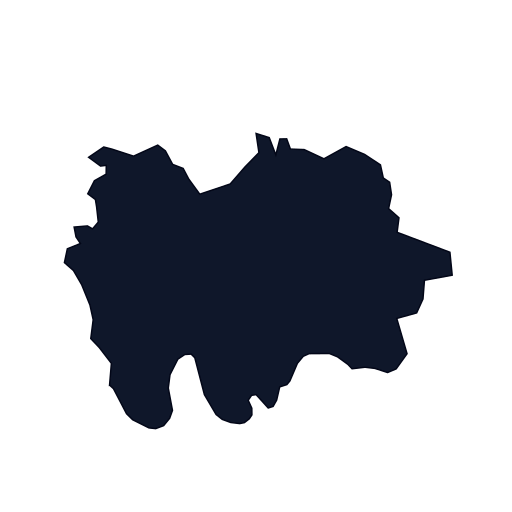 the district of Chust, Namangan, Uzbekistan, rotated 160°
{"feature_id": "79887680B74841511889074", "entity_name": "Chust", "entity_type": "district", "adm_level": 2, "iso_a3": "UZB", "parent_name": "Uzbekistan", "parent_adm1": "Namangan", "projection": "mercator", "projection_center": [71.199, 41.034], "detail": "fine", "context": "isolated", "style": "filled", "palette": "ink", "viewbox_px": 512, "rotation_deg": 160, "n_neighbors": 0, "source": "geoboundaries", "source_scale": "gbopen_adm2", "svg_char_len": 1429}
<svg xmlns="http://www.w3.org/2000/svg" viewBox="0 0 512 512"><g transform="rotate(160 256 256)"><path d="M379.5,406.0L371.3,393.7L365.7,392.4L368.8,384.2L382.1,382.0L392.8,372.0L387.6,364.0L389.0,356.6L392.6,341.8L400.3,337.4L404.1,341.9L417.0,345.4L418.6,335.5L416.7,327.8L430.8,327.3L438.3,315.3L432.5,304.8L429.6,288.6L428.8,266.7L430.8,251.8L439.5,234.9L434.6,223.6L428.6,204.6L437.8,184.7L437.7,184.7L435.3,180.1L431.6,152.1L427.9,144.3L415.4,131.1L409.3,128.1L400.8,128.2L392.7,133.0L387.3,139.5L383.6,161.9L377.4,173.9L364.7,185.8L356.6,187.8L350.5,186.0L348.3,181.3L351.9,143.4L347.7,120.7L343.6,114.0L336.7,108.2L328.6,104.1L323.9,103.4L318.0,105.3L314.2,108.1L312.0,114.4L312.7,123.1L307.8,126.6L303.3,125.7L296.5,109.0L291.4,108.8L285.9,113.5L278.5,124.9L271.0,124.6L266.9,127.0L253.8,141.0L245.9,145.6L239.5,146.1L220.4,139.3L213.9,133.4L206.7,122.7L204.3,117.2L191.6,114.2L182.7,109.7L172.2,101.5L162.9,102.0L147.5,112.5L145.1,149.2L124.5,147.6L113.8,158.5L106.0,175.6L78.2,170.9L72.5,193.2L115.3,230.0L108.6,243.0L115.2,255.2L107.7,267.2L105.2,279.6L109.7,285.8L107.9,299.1L119.2,314.3L133.9,328.0L158.9,324.1L174.3,339.5L187.1,344.7L187.1,355.6L193.5,357.8L202.8,344.2L203.1,362.7L214.0,371.1L217.9,352.1L235.8,343.5L255.6,332.5L287.7,333.3L292.9,351.4L294.5,363.2L303.0,370.6L305.2,385.8L310.4,393.8L336.9,391.7L354.8,405.7L361.8,410.5L379.5,406.0Z" fill="#0f172a" stroke="#020617" stroke-width="1.5"/></g></svg>